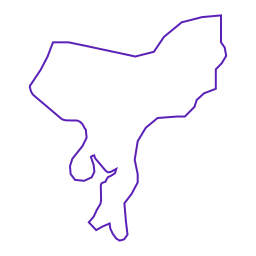 an SVG outline of Dubréka
{"feature_id": "GIN-5635", "entity_name": "Dubréka", "entity_type": "Prefecture", "adm_level": 1, "iso_a3": "GIN", "parent_name": "Guinea", "parent_adm1": "", "projection": "mercator", "projection_center": [-13.586, 9.952], "detail": "fine", "context": "isolated", "style": "outline", "palette": "violet", "viewbox_px": 256, "rotation_deg": 0, "n_neighbors": 0, "source": "natural_earth", "source_scale": "10m", "svg_char_len": 1162}
<svg xmlns="http://www.w3.org/2000/svg" viewBox="0 0 256 256"><path d="M88.8,222.3L93.8,216.5L96.8,209.9L100.4,204.0L101.1,200.1L100.8,185.8L101.1,184.1L102.2,182.9L105.6,181.6L106.2,180.0L107.9,177.2L111.5,175.5L115.0,173.2L116.3,168.9L111.2,171.7L108.2,172.4L105.8,170.9L95.0,158.1L94.2,155.3L93.2,155.6L92.5,155.9L90.9,156.9L93.6,164.7L94.4,171.7L91.7,177.3L84.2,180.8L75.1,179.9L70.6,174.0L70.0,166.0L72.4,158.7L82.6,145.9L86.6,137.7L85.8,129.5L84.6,128.4L84.6,128.0L82.3,123.9L80.2,121.9L77.8,120.7L76.3,120.5L66.7,120.4L63.8,119.9L62.5,119.4L61.3,118.7L33.3,95.0L32.2,93.6L31.3,91.9L30.6,90.2L29.8,87.0L30.2,85.3L31.2,84.0L40.6,69.9L47.6,56.5L53.0,42.3L68.5,42.3L87.7,46.3L135.3,56.5L153.9,51.8L164.0,36.8L181.7,22.3L202.0,17.1L221.0,15.4L221.0,42.3L224.7,47.6L226.2,55.8L221.7,63.3L215.8,69.3L215.8,88.8L204.0,93.3L196.7,100.0L194.5,106.8L184.9,116.5L177.5,116.5L157.6,118.0L145.8,127.7L137.7,141.2L134.7,159.9L137.7,174.2L137.7,182.4L131.8,193.6L124.4,203.3L125.9,221.3L127.5,234.6L124.2,239.3L119.7,240.6L116.2,238.5L112.8,233.9L110.3,228.5L109.6,223.5L102.1,226.7L96.2,230.1L88.8,222.3L88.8,222.3Z" fill="none" stroke="#5b21b6" stroke-width="2"/></svg>